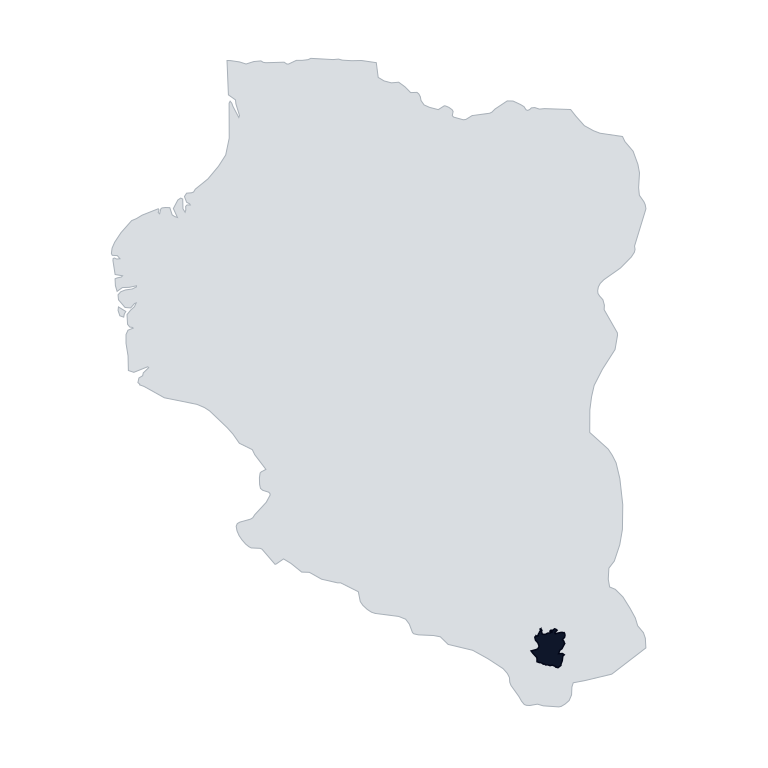 Mafa, Borno, Nigeria (highlighted), rotated 88°
{"feature_id": "59680162B20020413332718", "entity_name": "Mafa", "entity_type": "district", "adm_level": 2, "iso_a3": "NGA", "parent_name": "Nigeria", "parent_adm1": "Borno", "projection": "orthographic", "projection_center": [13.35, 11.959], "detail": "fine", "context": "in_parent", "style": "filled", "palette": "ink", "viewbox_px": 768, "rotation_deg": 88, "n_neighbors": 0, "source": "geoboundaries", "source_scale": "gbopen_adm2", "svg_char_len": 5609}
<svg xmlns="http://www.w3.org/2000/svg" viewBox="0 0 768 768"><g transform="rotate(88 384 384)"><path d="M656.9,131.5L681.9,166.5L687.2,192.5L689.2,205.3L693.4,206.8L701.2,207.4L706.8,210.0L710.2,214.2L712.4,218.2L712.8,220.6L711.2,236.1L709.3,241.8L710.4,249.5L710.1,252.8L709.2,255.0L705.8,257.6L701.0,260.1L689.7,267.6L686.5,268.7L681.7,268.9L677.6,270.8L672.7,274.8L662.2,289.7L653.2,304.7L646.5,329.0L638.6,336.5L637.1,343.2L635.9,358.4L634.7,362.9L633.4,364.2L624.8,367.1L619.8,370.6L616.8,377.4L613.0,400.7L611.6,404.5L608.8,408.5L604.4,412.9L600.6,415.3L590.7,416.9L581.2,434.3L581.1,437.4L576.9,453.2L569.6,465.2L569.1,472.8L560.0,483.3L555.3,490.5L560.1,498.0L560.4,499.2L544.8,511.7L543.9,513.6L543.2,522.4L541.9,524.7L539.1,527.9L534.8,531.4L530.5,534.1L525.7,536.0L521.0,536.7L518.4,535.5L517.0,532.9L514.4,522.1L513.1,519.8L510.1,517.7L498.1,505.8L490.9,501.6L489.3,501.9L488.1,503.0L486.0,508.9L484.0,511.1L480.1,511.8L473.5,511.8L468.6,510.9L467.5,509.7L465.2,505.0L450.2,515.6L445.0,517.9L438.2,530.6L428.8,536.7L422.3,542.1L404.8,559.2L401.3,564.2L397.8,571.7L390.1,604.0L378.0,624.0L376.3,628.3L375.6,628.1L374.0,629.9L369.4,628.7L367.3,624.9L364.5,624.2L359.5,618.6L358.5,619.5L363.6,633.6L361.6,639.0L347.0,638.8L334.3,640.4L325.6,640.1L321.3,638.0L319.4,632.7L318.7,633.3L318.2,636.1L315.4,638.2L305.7,638.4L301.4,634.7L298.0,630.7L294.3,628.8L294.8,630.5L299.1,634.5L298.5,640.1L290.6,646.4L285.6,646.7L282.6,643.8L281.0,639.2L280.3,632.4L278.3,628.0L277.2,627.9L278.5,635.3L278.5,642.1L282.1,647.5L276.4,649.0L269.5,649.1L268.7,647.1L267.9,642.7L266.7,641.5L265.2,648.9L251.1,650.6L249.1,650.3L248.7,648.9L249.8,646.8L249.6,643.5L246.4,646.0L245.9,651.1L244.1,651.9L238.7,651.0L232.9,648.2L223.5,641.5L211.9,630.5L210.1,625.7L206.8,619.8L201.0,603.5L202.1,602.8L204.8,603.7L206.1,602.3L201.3,601.0L200.3,599.8L200.0,596.2L200.3,591.9L207.6,589.8L209.4,587.2L210.4,584.6L201.3,588.4L192.9,583.6L191.1,580.7L192.1,578.7L201.9,578.8L205.4,576.8L203.2,576.0L199.5,576.0L198.2,574.6L198.3,571.3L197.1,572.0L195.5,574.9L189.7,576.9L186.4,574.6L186.2,569.8L185.5,567.6L182.7,565.8L172.9,552.8L160.6,541.8L149.6,534.2L132.9,530.1L97.9,529.0L96.0,527.9L98.1,526.3L101.2,525.3L112.6,519.8L110.7,519.0L99.0,522.2L94.9,522.5L89.6,529.4L55.2,529.6L55.4,526.4L57.1,517.1L59.4,510.7L57.2,502.8L56.8,495.7L58.3,493.5L58.8,490.9L58.9,472.6L60.8,470.0L60.9,468.2L57.5,460.3L57.7,454.3L57.2,448.5L56.0,445.8L58.0,423.6L57.7,418.1L58.9,414.3L59.8,404.7L59.9,395.3L62.6,380.5L77.4,379.1L81.1,373.4L83.3,366.1L82.9,358.8L87.8,352.6L93.7,347.2L93.7,340.9L95.3,339.1L98.1,337.7L102.0,337.1L106.5,334.2L109.1,328.9L111.7,320.2L108.1,314.1L108.3,312.7L109.8,309.5L112.2,306.4L114.0,305.4L118.2,306.4L119.7,305.1L122.7,295.6L122.5,293.0L118.8,286.5L117.1,269.0L116.1,266.7L113.1,263.5L105.4,251.0L105.7,245.2L109.4,237.9L111.7,234.4L114.9,232.5L115.6,230.8L114.7,228.7L113.2,227.1L113.0,223.7L114.7,219.1L114.4,214.0L116.2,187.9L122.9,183.0L132.8,174.8L138.1,166.0L140.9,159.4L145.0,137.0L150.1,134.8L160.1,126.9L173.3,122.6L181.9,121.3L196.7,122.7L204.3,122.2L210.9,117.9L213.9,116.7L218.0,116.1L254.9,128.8L258.3,128.4L261.1,129.2L265.7,132.4L276.3,143.6L287.5,160.7L291.0,164.4L294.5,166.4L298.2,167.2L301.0,167.0L303.7,165.4L307.4,162.3L312.9,161.0L317.4,161.4L341.0,149.0L343.3,148.9L357.6,151.9L376.9,165.2L392.7,174.0L403.9,177.0L417.1,179.2L439.6,180.1L456.9,162.2L463.3,158.3L470.9,154.8L486.8,151.6L513.0,149.6L537.6,150.8L552.9,154.0L569.0,160.0L575.9,165.7L586.9,166.7L594.7,165.6L597.3,160.0L605.2,152.6L617.0,145.8L626.6,141.0L634.5,138.9L641.6,133.4L647.2,131.7L656.9,131.5ZM306.6,645.6L301.2,647.2L297.7,646.7L302.5,639.5L305.0,641.1L308.1,641.8L306.6,645.6Z" fill="#d9dde1" stroke="#a8b0b8" stroke-width="1"/><path d="M673.6,220.0L671.4,217.0L670.1,216.9L668.9,216.4L666.8,215.5L662.2,214.8L660.9,213.3L659.6,215.0L659.6,219.0L656.5,217.7L656.0,217.3L654.8,215.4L652.1,213.9L649.6,212.4L648.7,213.0L647.7,213.1L647.2,213.3L645.9,214.6L644.8,213.7L643.5,212.4L641.5,211.9L640.6,212.0L640.0,212.1L639.2,212.4L638.7,212.7L638.8,213.3L638.8,213.7L638.8,214.0L638.7,214.2L638.5,214.3L638.4,215.7L639.5,221.5L638.3,221.9L636.9,220.4L636.1,219.6L635.1,220.8L634.6,222.1L636.0,223.9L635.9,225.9L636.8,226.8L637.0,226.8L637.1,226.7L637.3,226.5L637.4,226.4L637.2,225.2L637.3,225.0L637.3,224.8L637.4,224.6L637.5,224.6L637.8,224.8L638.1,224.9L638.1,225.0L638.0,225.5L637.8,226.2L637.9,226.5L638.6,226.5L638.7,226.8L638.7,227.0L638.7,227.5L638.6,227.9L638.7,228.5L638.7,229.1L639.0,229.8L639.4,230.4L639.4,230.5L639.7,231.0L639.8,231.5L639.8,231.9L639.8,232.5L639.8,232.9L639.7,233.5L639.5,234.5L638.5,234.9L637.5,235.0L636.1,235.4L635.9,235.0L635.8,234.8L635.7,234.8L635.6,235.0L635.4,235.1L635.2,235.2L635.0,235.3L634.9,235.3L634.7,235.3L634.5,235.5L634.4,235.7L634.3,235.8L634.2,235.8L634.3,235.9L634.2,235.9L634.2,236.0L634.2,236.3L634.3,236.3L634.5,236.4L634.5,236.5L634.8,236.5L634.9,236.3L635.6,236.3L636.3,236.4L636.6,236.7L637.1,237.2L637.4,237.3L637.9,237.5L638.2,237.6L638.4,237.6L638.7,238.1L640.7,239.0L641.0,238.8L641.1,239.2L641.1,239.3L641.1,239.7L641.4,240.2L641.1,240.6L640.8,240.9L641.0,241.0L641.2,240.9L641.6,241.4L642.2,242.1L643.0,242.0L645.4,241.5L646.9,240.2L648.0,239.3L649.7,238.7L651.5,238.1L654.0,239.5L654.7,241.2L655.9,246.3L658.2,244.7L662.6,240.9L664.1,240.7L666.9,240.8L667.9,238.4L668.0,236.9L668.6,235.7L669.3,235.0L669.5,234.6L669.6,234.2L669.4,233.8L669.4,233.7L669.5,233.4L669.9,232.8L670.4,232.3L670.4,231.6L670.3,230.9L670.4,230.0L671.3,227.9L671.0,226.5L670.8,225.7L672.4,222.2L672.9,222.3L673.6,220.0Z" fill="#0f172a" stroke="#020617" stroke-width="1.5"/></g></svg>